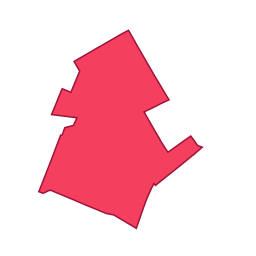 outline of Baraganul, Braila, Romania, rotated 111°
{"feature_id": "2599482B45742388682810", "entity_name": "Baraganul", "entity_type": "district", "adm_level": 2, "iso_a3": "ROU", "parent_name": "Romania", "parent_adm1": "Braila", "projection": "albers", "projection_center": [27.528, 44.82], "detail": "fine", "context": "isolated", "style": "filled", "palette": "rose", "viewbox_px": 256, "rotation_deg": 111, "n_neighbors": 0, "source": "geoboundaries", "source_scale": "gbopen_adm2", "svg_char_len": 2008}
<svg xmlns="http://www.w3.org/2000/svg" viewBox="0 0 256 256"><g transform="rotate(111 128 128)"><path d="M219.4,188.5L219.4,185.2L219.4,183.8L216.9,181.4L215.6,180.3L214.9,179.6L214.6,179.3L214.6,179.0L214.1,178.0L213.8,177.9L214.0,172.2L214.6,150.9L214.8,147.0L214.9,143.4L215.0,141.6L215.1,138.9L215.1,138.5L215.1,138.4L215.1,138.2L215.2,134.1L215.3,133.9L215.3,133.7L215.2,133.5L215.2,133.3L215.2,133.0L215.4,124.9L215.6,118.0L214.5,111.3L214.2,110.8L214.8,107.0L215.3,104.2L216.5,97.0L217.6,90.7L218.6,84.7L218.7,84.3L218.1,84.3L212.2,84.5L205.5,84.7L204.1,84.8L196.1,85.0L195.7,85.0L192.6,85.0L191.7,85.1L190.9,85.1L188.4,85.1L186.7,85.1L185.4,85.0L176.3,84.5L170.8,84.0L170.5,83.9L171.8,81.8L166.3,78.6L160.7,75.4L157.2,73.3L140.9,63.8L140.7,63.7L136.0,61.0L129.6,57.4L129.5,57.2L128.0,56.4L122.3,53.4L119.3,51.8L119.4,55.3L119.4,56.6L118.0,58.8L117.1,60.1L113.0,66.5L115.2,68.0L119.8,71.1L136.3,82.0L135.7,82.9L134.7,84.2L133.8,85.6L132.1,87.9L130.7,89.8L128.5,92.7L127.8,93.8L127.3,93.9L127.0,94.3L125.3,96.5L122.5,100.1L116.7,107.2L108.0,117.9L107.7,117.9L107.4,117.9L107.3,118.0L107.2,118.1L107.2,118.3L107.2,118.7L98.1,110.2L93.4,106.0L87.0,99.8L82.3,105.9L72.9,117.8L71.5,119.6L71.0,120.4L64.8,128.0L56.7,138.0L45.2,152.2L45.1,152.4L44.9,152.4L44.5,152.9L44.3,153.2L44.2,153.2L43.2,154.5L42.2,155.7L41.8,156.2L38.3,160.5L37.4,161.6L36.7,162.5L38.1,163.9L43.2,168.3L49.9,173.7L53.3,176.4L54.2,177.2L58.6,180.7L62.4,183.8L63.3,184.6L85.2,202.2L88.1,198.6L91.0,195.0L92.2,193.5L115.1,194.1L114.9,203.5L116.3,203.6L123.8,203.8L127.3,203.8L130.4,203.9L132.2,203.9L136.0,204.0L138.6,204.1L142.9,204.2L141.3,198.0L141.1,196.9L140.2,193.4L136.7,179.4L139.5,179.5L142.0,179.7L143.6,179.7L144.6,179.8L145.0,179.8L145.3,180.0L146.2,181.3L147.6,183.3L148.8,185.0L149.8,186.4L150.1,186.8L150.4,187.1L151.2,187.1L152.6,187.1L155.1,187.0L158.2,187.0L158.9,188.2L159.0,188.4L160.1,188.3L168.6,188.3L185.0,188.2L201.2,188.3L217.8,188.4L219.4,188.5Z" fill="#f43f5e" stroke="#9f1239" stroke-width="1.5"/></g></svg>